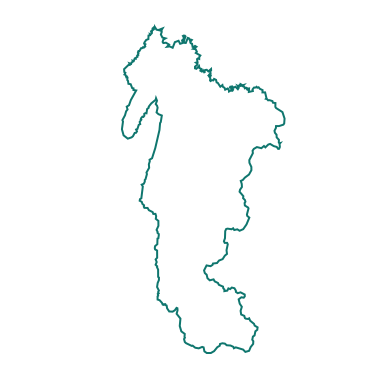 Alto Baudó (Pie De Pato), Chocó, Colombia, rotated 190°
{"feature_id": "7082276B3053585301138", "entity_name": "Alto Baudó (Pie De Pato)", "entity_type": "district", "adm_level": 2, "iso_a3": "COL", "parent_name": "Colombia", "parent_adm1": "Chocó", "projection": "mercator", "projection_center": [-77.05, 5.663], "detail": "fine", "context": "isolated", "style": "outline", "palette": "teal", "viewbox_px": 384, "rotation_deg": 190, "n_neighbors": 0, "source": "geoboundaries", "source_scale": "gbopen_adm2", "svg_char_len": 6071}
<svg xmlns="http://www.w3.org/2000/svg" viewBox="0 0 384 384"><g transform="rotate(190 192 192)"><path d="M276.6,306.1L280.2,301.2L279.5,298.4L278.3,297.8L278.9,296.0L277.9,295.8L276.7,293.8L276.2,294.4L275.4,293.6L275.2,291.1L274.3,290.3L273.4,287.5L271.1,287.5L269.0,284.0L267.6,283.9L267.4,282.3L264.6,282.3L268.2,271.9L269.1,266.5L271.1,264.7L269.8,262.1L270.9,260.0L271.3,255.9L273.0,250.7L272.2,249.4L271.9,241.6L269.2,235.9L264.5,233.4L261.0,235.3L259.8,236.7L258.7,240.2L257.4,240.6L256.7,242.2L257.9,243.8L256.7,244.6L256.1,248.9L254.8,249.9L255.7,251.9L254.5,254.3L255.1,254.6L254.9,255.9L253.9,257.6L252.9,257.5L252.2,258.8L252.6,260.7L251.6,261.6L250.5,261.6L250.6,265.9L249.3,267.4L249.4,268.6L247.5,272.2L243.8,276.5L243.7,278.1L242.3,275.8L243.0,272.3L241.4,270.9L240.5,269.0L240.7,264.2L238.5,262.8L235.0,262.1L234.9,255.5L235.4,254.3L234.8,247.4L235.8,228.9L237.2,218.3L239.4,216.4L238.9,214.9L239.3,211.8L238.4,208.4L240.2,203.3L239.5,201.8L240.0,196.5L240.6,195.6L240.3,194.0L240.9,191.8L242.8,190.5L241.4,188.9L240.8,177.0L242.0,175.9L242.0,174.3L239.8,173.6L238.7,171.6L236.9,170.6L236.9,169.1L236.1,168.1L233.0,168.6L231.3,166.6L227.3,165.4L226.3,163.7L224.2,164.1L223.1,162.0L223.0,159.3L220.1,157.7L219.2,152.8L220.3,148.5L219.0,146.9L218.9,145.8L217.4,144.8L217.2,143.7L217.1,140.6L217.9,140.1L217.1,134.6L219.0,132.2L218.9,130.3L218.4,129.1L216.2,128.3L214.9,121.2L216.1,119.3L214.6,116.9L215.2,114.0L213.4,112.8L213.5,112.0L211.9,109.7L210.6,102.5L209.7,102.0L209.3,99.5L210.0,96.5L209.9,92.4L207.5,89.2L208.0,87.5L207.2,86.4L208.0,85.7L207.3,84.0L207.8,83.3L207.2,80.1L205.1,79.8L202.4,77.7L201.3,76.0L200.3,75.9L200.2,76.6L198.8,76.9L198.3,76.0L197.3,75.8L196.3,73.1L193.7,70.4L190.3,70.8L188.4,72.5L187.1,75.2L186.2,75.0L185.7,73.1L186.0,69.4L181.4,65.3L180.8,57.9L178.3,52.9L174.5,51.0L174.2,47.9L173.7,47.3L174.3,45.8L173.0,43.0L171.6,42.1L165.6,40.4L164.7,40.8L161.8,39.2L158.2,39.2L155.1,41.2L153.6,41.0L152.1,37.2L149.5,36.0L145.5,36.7L142.6,39.1L140.1,43.6L138.0,45.4L138.0,47.2L135.8,48.3L133.3,48.4L131.2,47.1L127.4,47.5L124.4,46.7L123.6,45.4L121.9,46.6L114.3,45.7L111.7,43.8L108.2,45.5L107.3,49.5L105.4,53.0L105.7,55.7L107.0,57.0L106.9,60.2L105.5,61.6L105.4,65.8L103.8,67.6L103.9,70.1L107.1,71.3L108.0,72.9L112.3,75.3L113.8,77.5L114.7,76.7L117.1,76.6L118.0,77.0L119.0,79.1L122.3,79.9L123.5,83.4L123.0,87.6L125.6,90.3L127.4,94.4L125.1,96.9L122.7,96.9L121.9,98.4L122.3,100.2L126.8,101.6L129.4,100.3L131.4,101.2L131.7,102.5L133.5,104.6L136.2,104.8L137.6,103.0L139.4,103.4L140.1,101.0L142.9,100.0L143.1,101.6L144.4,102.5L145.0,104.2L149.5,105.3L150.6,106.9L154.1,107.9L155.6,109.7L159.2,108.1L161.8,109.8L163.2,113.1L165.3,114.4L166.5,116.9L164.9,122.2L160.8,122.2L159.1,123.8L158.9,125.2L155.0,126.4L153.5,129.2L150.2,131.2L148.6,135.0L146.8,137.1L147.9,140.7L147.7,146.7L148.6,148.0L151.0,147.6L152.0,149.0L151.5,152.2L152.5,159.3L151.9,161.5L150.6,162.1L146.5,162.2L145.2,163.4L143.8,161.9L140.9,163.1L138.4,162.1L135.1,164.3L132.7,169.5L131.1,176.7L133.5,178.1L134.0,179.4L133.5,185.6L134.0,186.4L137.6,187.9L138.3,190.3L137.7,191.7L138.5,193.3L140.6,194.8L140.7,196.8L145.2,200.5L145.1,202.6L143.7,205.6L144.4,208.6L145.9,211.4L144.1,212.6L142.4,215.4L138.9,219.1L137.3,223.8L137.9,227.0L140.5,230.7L141.1,233.4L138.8,240.8L139.5,243.2L138.6,245.2L135.9,247.5L131.3,247.2L129.1,249.8L127.5,248.7L125.1,252.0L123.4,252.9L119.5,251.4L116.4,251.1L114.6,249.4L113.7,249.7L113.3,251.6L114.1,254.6L113.6,255.5L114.4,255.1L115.1,255.8L115.5,258.5L118.1,260.5L118.7,263.1L120.6,264.7L121.4,266.6L120.5,269.6L120.7,271.5L117.6,272.1L113.7,274.2L113.1,275.5L113.6,280.4L116.8,286.4L123.8,289.3L124.7,290.3L125.3,294.1L127.8,294.0L128.6,295.5L131.6,295.9L133.0,295.5L134.2,296.5L135.4,296.6L135.0,297.4L137.3,302.8L139.9,302.3L140.2,304.6L143.1,305.4L144.6,306.7L145.7,306.1L146.7,306.8L147.3,306.0L149.1,305.6L150.2,303.5L149.6,302.0L153.4,300.4L153.8,303.9L154.6,303.6L154.2,302.4L155.2,302.3L155.8,302.9L155.7,303.8L156.5,304.1L158.0,303.3L158.5,304.5L160.5,305.0L159.6,306.4L162.1,305.2L161.9,306.3L163.0,306.7L163.0,305.2L163.9,305.4L164.5,304.1L165.4,304.4L164.1,302.7L164.7,301.2L167.5,303.2L169.2,301.9L170.7,303.0L172.6,302.3L172.8,301.4L171.2,301.3L171.1,299.4L169.8,300.3L169.3,299.8L169.8,298.7L171.7,298.5L173.0,297.4L173.4,298.7L174.9,300.1L177.1,298.5L178.1,300.3L179.9,301.0L180.6,302.6L182.4,300.6L185.5,303.9L186.8,304.2L187.8,306.6L189.9,307.2L190.4,305.6L191.8,305.6L193.0,304.5L193.6,305.0L193.7,307.2L195.5,309.1L193.9,309.3L193.7,310.2L195.3,310.8L194.3,312.3L195.1,313.5L194.3,315.1L194.6,316.4L196.8,313.6L198.7,314.9L200.3,314.4L200.8,313.6L200.3,312.4L200.8,312.0L202.3,313.8L203.2,312.3L204.8,312.9L204.2,314.8L206.3,315.4L206.9,317.2L209.1,314.1L210.5,314.3L210.8,316.0L208.7,318.5L208.9,319.3L210.5,320.1L209.1,320.8L210.1,323.7L209.4,324.5L208.0,324.3L208.3,326.1L207.5,327.9L212.4,329.6L211.6,331.0L213.2,333.2L215.6,333.2L212.9,335.8L214.4,336.4L215.7,335.0L216.6,335.0L217.7,338.0L219.1,338.3L219.8,339.4L218.6,341.7L219.7,341.9L220.4,341.0L221.7,342.8L222.9,343.0L224.0,337.7L225.2,337.6L226.3,339.0L225.4,344.1L226.2,344.7L227.4,344.6L228.0,344.1L227.2,343.3L226.8,341.0L228.1,339.6L226.9,337.2L229.4,335.9L231.5,338.6L234.9,336.6L236.1,330.7L239.2,331.5L241.8,330.7L240.2,333.2L243.6,334.5L246.1,333.7L247.0,334.7L246.7,337.1L244.8,338.7L248.0,339.0L250.0,341.7L249.6,344.4L250.1,346.1L249.4,348.0L251.2,346.9L251.6,345.6L252.5,346.1L252.8,345.6L255.1,345.7L257.1,347.9L257.0,347.2L257.9,347.5L258.2,346.5L258.6,346.9L259.1,346.1L260.0,346.1L258.1,345.3L259.9,343.5L259.3,343.2L259.2,341.9L259.7,342.0L259.3,341.2L260.3,339.7L260.9,340.0L260.6,339.1L262.0,338.5L261.5,335.0L263.5,333.8L264.8,331.0L264.9,330.0L263.7,329.5L264.2,328.9L263.3,327.2L264.5,325.8L265.3,326.2L266.1,325.0L267.1,324.8L268.3,321.6L269.2,321.5L269.5,320.2L268.8,319.5L269.3,318.3L268.7,317.6L269.7,316.5L269.2,315.7L270.8,314.2L270.6,313.5L271.6,313.5L272.1,310.9L273.2,311.0L272.7,310.2L274.0,309.1L274.2,307.6L275.5,307.8L275.0,307.3L275.9,306.9L275.6,306.3L276.6,306.1Z" fill="none" stroke="#0f766e" stroke-width="2"/></g></svg>